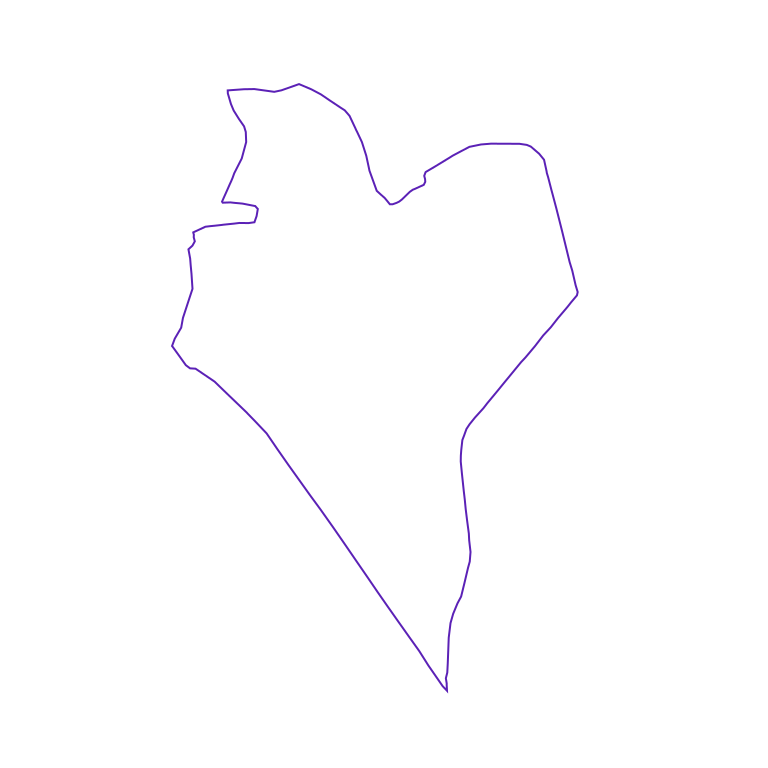 Shahba, As Suwayda', Syria (Equal Earth projection), rotated 82°
{"feature_id": "27442178B615257865565", "entity_name": "Shahba", "entity_type": "district", "adm_level": 2, "iso_a3": "SYR", "parent_name": "Syria", "parent_adm1": "As Suwayda'", "projection": "equal_earth", "projection_center": [36.676, 32.985], "detail": "fine", "context": "isolated", "style": "outline", "palette": "violet", "viewbox_px": 768, "rotation_deg": 82, "n_neighbors": 0, "source": "geoboundaries", "source_scale": "gbopen_adm2", "svg_char_len": 2589}
<svg xmlns="http://www.w3.org/2000/svg" viewBox="0 0 768 768"><g transform="rotate(82 384 384)"><path d="M220.0,190.6L215.2,191.2L202.0,192.7L197.6,193.4L196.9,193.4L196.0,193.4L184.2,194.3L177.6,198.3L169.3,205.6L167.1,209.3L165.0,216.4L160.9,244.6L160.3,254.6L161.0,265.7L161.0,266.3L164.1,275.0L167.2,283.5L167.5,284.3L169.0,287.6L175.3,302.2L175.4,302.4L179.8,313.0L180.1,313.4L183.5,315.2L186.8,314.8L189.5,315.0L192.3,316.9L195.1,326.3L195.6,328.4L197.3,331.7L203.8,340.6L205.5,343.6L206.4,346.4L207.2,350.4L207.0,351.8L206.8,353.2L203.3,355.3L199.9,357.4L196.3,360.5L191.7,364.3L172.2,368.4L171.7,368.5L171.2,368.6L170.9,368.7L167.8,368.9L155.5,369.8L141.4,372.2L130.4,375.6L129.6,375.9L128.1,376.4L126.9,376.7L125.3,377.2L125.0,377.3L113.7,380.8L107.5,384.8L104.4,388.4L95.5,398.4L88.4,406.2L82.1,414.9L75.2,426.4L78.9,444.7L79.4,452.0L73.9,471.3L72.6,481.8L71.5,497.9L74.5,498.2L85.4,496.6L92.3,494.8L101.5,490.7L109.4,486.7L115.2,485.8L125.2,486.8L140.9,493.5L154.5,503.0L158.7,505.2L161.9,507.1L165.0,509.1L168.1,511.0L173.2,514.2L177.8,517.1L180.9,519.0L182.0,518.5L182.8,510.8L183.4,508.5L184.0,506.1L184.8,502.6L185.7,498.9L189.9,486.7L190.3,486.5L193.1,484.6L200.0,486.8L205.8,489.8L205.8,495.7L204.4,504.8L204.3,510.2L204.1,515.6L203.9,520.9L203.9,522.7L203.7,529.6L203.5,534.3L203.4,539.0L207.3,551.8L208.5,551.7L209.7,551.5L212.2,552.0L216.4,551.5L220.3,554.4L223.4,558.9L230.5,558.6L232.8,558.5L236.1,558.7L239.4,558.9L241.5,559.0L243.7,559.1L248.1,559.3L263.1,560.4L270.0,563.8L290.6,573.9L300.0,577.0L310.0,584.9L316.9,588.6L317.2,588.4L328.0,582.7L337.8,577.6L341.5,573.9L342.6,568.5L358.1,551.4L363.0,547.6L372.1,540.5L393.2,523.9L394.4,523.1L402.3,517.3L416.6,507.1L433.4,498.8L450.7,490.0L483.7,472.8L499.5,464.3L519.3,454.1L537.0,445.2L555.3,436.1L572.5,427.5L588.9,419.4L604.7,411.4L620.7,403.2L638.5,394.0L653.5,386.2L669.0,379.2L691.5,367.9L696.2,364.5L696.5,364.3L690.6,363.8L689.5,363.6L688.4,363.6L684.0,363.7L678.6,361.5L669.3,359.7L644.2,355.2L630.0,351.4L621.2,347.5L611.5,341.8L605.2,337.2L592.2,332.0L577.8,326.4L574.8,325.1L571.8,323.8L562.4,321.7L550.6,321.4L543.9,320.8L530.6,320.7L519.1,320.5L509.7,320.1L501.1,319.9L483.5,319.3L471.5,318.8L465.8,317.9L460.2,316.7L450.4,314.2L445.9,311.7L445.1,311.3L440.0,308.6L435.8,304.9L429.9,298.6L421.8,288.9L417.4,284.4L406.2,272.1L399.8,265.2L392.0,256.7L381.5,245.3L377.4,240.2L367.5,229.2L358.1,219.6L351.0,210.9L343.0,202.6L333.3,191.7L329.1,187.3L323.1,180.6L319.9,179.4L312.8,180.5L297.9,181.8L289.1,183.2L257.1,186.4L234.1,188.9L220.0,190.6Z" fill="none" stroke="#5b21b6" stroke-width="2"/></g></svg>